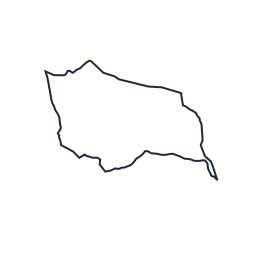 Pedras de Fogo, Paraíba, Brazil, rotated 328°
{"feature_id": "56859067B82910298217530", "entity_name": "Pedras de Fogo", "entity_type": "district", "adm_level": 2, "iso_a3": "BRA", "parent_name": "Brazil", "parent_adm1": "Paraíba", "projection": "natural_earth1", "projection_center": [-35.067, -7.353], "detail": "fine", "context": "isolated", "style": "outline", "palette": "slate", "viewbox_px": 256, "rotation_deg": 328, "n_neighbors": 0, "source": "geoboundaries", "source_scale": "gbopen_adm2", "svg_char_len": 1754}
<svg xmlns="http://www.w3.org/2000/svg" viewBox="0 0 256 256"><g transform="rotate(328 128 128)"><path d="M146.0,81.8L144.0,77.1L136.4,68.2L132.9,54.5L131.9,51.4L130.5,50.3L128.5,50.5L126.3,50.5L124.6,50.9L122.7,51.2L121.0,51.6L119.5,52.0L117.2,51.6L115.0,51.4L112.5,51.9L110.1,51.8L109.1,48.9L107.1,47.7L105.7,48.4L104.3,49.3L102.0,49.6L93.2,43.9L88.0,36.3L86.5,42.1L85.7,44.3L85.0,46.1L84.2,48.1L83.0,51.1L81.7,54.5L80.9,56.3L79.6,59.5L78.2,62.9L77.1,66.5L76.7,70.8L76.0,73.3L75.8,75.4L76.0,77.4L75.5,82.3L74.2,85.0L73.5,86.6L72.4,88.7L71.3,92.1L69.8,93.4L67.7,94.2L65.7,95.3L65.7,97.8L64.5,99.4L64.3,101.6L62.2,107.0L69.1,119.1L70.9,127.5L77.2,127.5L78.1,129.9L79.8,131.5L81.8,134.1L83.8,135.4L86.3,137.0L87.8,139.8L84.7,143.9L85.6,152.9L88.0,153.9L90.8,154.9L95.8,155.5L97.0,156.7L99.2,158.1L101.4,158.2L102.8,159.0L104.6,159.8L106.4,160.0L109.5,160.7L111.5,160.8L113.7,160.3L119.0,158.4L120.7,158.4L123.7,158.4L126.4,158.0L130.4,156.7L132.6,158.4L134.3,161.7L138.9,165.2L142.3,168.6L146.4,171.0L149.5,172.1L152.3,173.6L157.2,179.9L158.3,181.9L159.9,184.1L162.4,186.0L164.5,187.8L166.7,190.8L170.2,193.2L172.0,194.1L174.6,195.1L176.2,196.5L176.7,199.9L174.4,204.8L173.4,212.9L175.2,214.9L176.2,219.7L176.9,216.5L177.5,214.0L178.0,212.0L178.6,209.6L179.4,206.1L180.1,203.2L180.5,200.6L180.0,198.2L179.0,195.3L178.4,193.0L178.7,190.6L179.2,188.1L179.7,185.2L180.1,183.4L180.9,180.7L182.3,179.8L184.3,178.4L185.8,176.1L187.4,173.1L188.7,170.5L190.4,167.4L191.6,165.2L192.6,162.6L192.8,159.7L193.8,157.8L193.4,155.3L193.3,153.4L193.6,151.1L192.8,149.5L192.0,147.8L190.5,145.4L189.6,143.6L189.0,141.8L188.2,140.0L186.6,137.9L190.7,128.2L191.6,126.6L178.1,111.3L173.9,108.4L167.0,103.4L146.0,81.8Z" fill="none" stroke="#1e293b" stroke-width="2"/></g></svg>